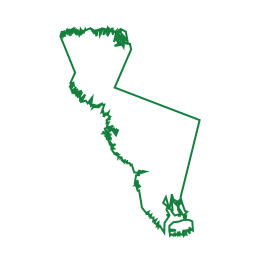 the border of Kommuneqarfik Sermersooq, rotated 104°
{"feature_id": "GRL-2739", "entity_name": "Kommuneqarfik Sermersooq", "entity_type": "state/province", "adm_level": 1, "iso_a3": "GRL", "parent_name": "Greenland", "parent_adm1": "", "projection": "orthographic", "projection_center": [-36.556, 66.454], "detail": "fine", "context": "isolated", "style": "outline", "palette": "green", "viewbox_px": 256, "rotation_deg": 104, "n_neighbors": 0, "source": "natural_earth", "source_scale": "10m", "svg_char_len": 5920}
<svg xmlns="http://www.w3.org/2000/svg" viewBox="0 0 256 256"><g transform="rotate(104 128 128)"><path d="M187.1,57.7L189.0,60.1L184.9,60.2L187.6,61.7L186.3,66.8L181.6,69.4L197.3,68.1L185.8,74.5L192.2,75.8L194.6,70.6L197.8,71.0L202.6,66.7L203.2,66.8L202.3,67.6L202.9,68.8L204.4,67.1L211.2,69.6L220.8,67.5L215.3,73.3L217.2,74.4L212.1,75.6L214.5,77.3L213.6,79.4L210.3,78.6L212.3,81.0L208.7,81.6L209.6,84.6L206.6,84.5L208.1,86.1L206.3,87.0L206.9,88.7L204.6,88.0L206.1,89.8L201.9,95.2L185.9,102.1L186.5,103.4L184.4,104.7L185.0,105.4L181.8,102.3L180.7,103.9L181.3,105.0L179.4,105.1L181.1,107.3L176.4,105.4L179.0,108.1L172.0,108.7L170.9,106.5L172.0,105.9L169.4,105.9L166.0,100.2L166.1,103.4L169.0,107.0L166.7,106.4L166.7,106.9L169.1,107.6L169.5,111.3L162.6,115.5L163.6,116.4L161.7,117.9L162.4,120.3L160.4,120.8L162.0,122.8L160.1,123.2L161.1,125.6L158.4,127.0L159.1,127.7L158.2,127.7L158.2,129.7L158.8,130.7L157.8,130.0L156.7,133.8L155.7,131.1L155.0,132.9L155.9,134.4L154.4,137.2L152.3,138.6L151.4,136.5L150.6,138.1L151.9,139.1L150.8,139.4L146.7,136.2L148.6,139.4L147.6,140.1L148.1,140.0L148.4,141.6L147.3,140.2L146.1,141.7L147.6,141.9L143.6,144.9L143.3,142.0L142.1,142.1L139.0,146.0L138.6,142.4L137.9,147.1L134.7,144.3L133.5,145.2L133.9,142.6L137.9,137.9L131.8,137.1L134.7,139.1L132.7,139.4L133.6,140.1L131.9,141.5L132.9,142.1L132.3,144.5L129.4,143.0L131.8,146.4L131.0,149.0L127.4,148.1L128.4,150.0L125.2,150.3L123.6,147.1L124.4,149.8L121.4,148.0L120.3,150.8L117.5,150.7L120.3,152.4L119.2,153.2L120.4,155.1L117.8,156.2L119.0,157.4L111.0,156.6L111.8,158.9L110.7,159.2L114.1,163.8L113.7,167.3L115.5,169.2L106.9,170.1L113.8,173.1L111.7,175.5L113.8,179.3L105.9,177.6L112.0,181.4L109.0,182.2L109.6,183.6L108.0,181.5L109.9,184.1L109.1,184.4L107.1,181.4L108.2,184.1L106.5,181.9L105.8,182.5L107.4,183.7L109.0,185.7L107.0,183.7L106.1,183.5L105.0,181.4L103.5,182.7L106.5,188.5L102.4,186.1L105.6,189.9L100.8,188.3L104.9,190.5L103.8,192.8L101.9,192.1L99.6,192.9L99.8,190.8L97.6,191.8L98.9,192.6L97.7,192.6L98.1,194.7L87.1,192.7L55.3,215.8L49.8,215.6L54.3,215.5L53.7,214.7L55.2,213.3L51.8,212.7L54.5,210.9L50.2,213.2L51.3,211.9L48.7,211.2L50.8,210.6L49.9,210.5L50.2,209.7L51.2,210.0L51.4,209.5L46.0,208.0L52.8,207.0L50.9,206.8L52.1,205.8L46.8,207.3L44.8,205.2L50.3,205.0L46.7,204.5L48.6,202.1L46.4,202.8L49.9,199.1L45.9,202.7L45.0,201.8L46.7,199.9L44.6,200.8L49.8,197.7L48.0,197.3L49.0,195.4L47.2,198.1L43.6,197.9L45.2,196.6L43.6,195.8L46.1,196.9L46.7,195.4L43.8,195.1L47.0,194.0L42.6,193.4L43.5,192.8L40.3,188.6L44.8,183.2L41.3,185.6L42.0,183.3L46.6,180.8L42.8,181.7L41.8,183.3L40.8,184.0L43.3,180.8L40.8,181.4L40.3,178.9L44.6,177.6L40.9,176.8L39.4,176.9L38.3,177.6L39.6,176.1L37.7,177.1L37.6,174.4L43.7,174.5L37.2,172.4L40.9,171.4L38.4,171.2L39.1,169.4L40.0,170.3L42.4,170.3L42.4,170.8L43.0,170.0L39.0,169.2L38.1,171.4L37.2,170.6L36.2,170.5L37.3,169.3L35.9,167.9L37.4,167.7L36.3,166.8L38.6,166.6L41.1,165.1L36.9,166.1L38.2,163.8L36.3,162.7L48.0,162.4L44.5,161.9L46.4,159.3L38.1,162.0L36.8,160.9L38.9,161.1L36.2,159.8L41.9,160.6L42.8,160.1L41.5,159.5L43.0,157.7L46.6,158.9L48.0,158.2L43.5,154.6L46.8,153.6L48.3,157.7L51.6,160.8L48.6,153.8L50.6,151.9L46.5,152.5L46.4,148.7L45.9,146.4L51.1,144.0L92.0,150.7L103.0,60.4L182.6,60.2L187.1,57.7ZM211.8,40.2L209.7,44.8L212.7,41.8L212.0,44.1L212.7,45.5L215.5,42.0L213.2,45.7L214.4,50.2L215.3,46.3L217.1,45.6L216.7,46.6L218.0,47.1L217.2,48.2L218.6,48.2L217.0,49.5L218.2,49.5L218.8,51.3L217.9,50.6L218.8,51.6L215.9,53.3L219.2,52.4L218.0,54.3L220.2,54.0L218.9,56.7L220.5,56.5L219.9,57.7L221.3,57.8L220.6,59.9L222.2,61.1L218.0,62.9L215.9,56.6L215.6,58.9L216.7,63.3L212.9,64.2L208.3,61.0L206.6,56.1L203.2,51.0L201.0,52.3L199.1,50.4L203.3,49.9L202.4,46.8L203.1,43.0L211.8,40.2ZM201.6,61.4L198.6,65.4L197.2,64.7L187.4,68.3L191.6,60.9L195.9,59.2L198.6,56.4L201.6,61.4ZM195.0,50.3L199.5,53.0L193.2,59.7L189.6,60.2L187.8,57.2L194.6,52.8L195.0,50.3ZM45.5,148.7L45.9,152.6L42.0,154.1L43.3,151.6L41.8,151.6L37.4,158.1L33.8,158.6L35.1,153.4L45.5,148.7ZM137.3,147.3L135.8,147.9L137.0,148.6L134.2,150.3L132.5,148.2L134.5,144.9L137.3,147.3ZM117.1,167.2L114.7,166.9L114.1,163.2L112.5,160.1L115.0,161.5L115.6,165.0L114.9,165.5L117.1,167.2ZM108.7,186.1L106.7,186.8L103.8,182.7L105.1,182.4L106.6,184.9L108.7,186.1ZM44.0,156.0L40.6,159.7L39.4,159.6L42.6,155.3L44.0,156.0ZM189.0,63.5L188.6,61.2L191.1,60.7L190.6,62.0L189.0,63.5ZM99.3,192.9L102.8,194.5L98.5,193.8L99.3,192.9ZM41.2,156.5L38.7,157.0L42.2,154.9L41.2,156.5ZM110.4,170.8L113.5,171.2L113.3,171.5L110.7,171.4L110.4,170.8ZM214.1,75.9L215.6,75.1L216.3,76.2L214.1,75.9ZM183.0,105.3L182.2,106.6L181.2,105.6L182.0,105.1L183.0,105.3ZM140.8,145.0L141.6,144.2L142.4,144.2L141.6,146.7L140.8,145.0ZM138.6,147.7L139.1,150.1L137.7,148.5L138.6,147.7ZM196.6,65.9L198.2,65.6L196.7,66.4L196.6,65.9ZM107.5,187.4L107.0,188.5L106.3,187.4L107.5,187.4ZM140.4,145.4L140.2,147.6L139.1,146.4L140.4,145.4ZM122.2,153.9L122.2,154.5L120.2,153.6L122.2,153.9ZM105.1,192.4L106.2,190.3L106.1,190.9L105.1,192.4ZM39.8,178.3L38.8,178.7L38.5,177.7L39.5,177.1L39.8,178.3ZM47.6,209.3L49.8,209.2L50.0,209.9L47.6,209.3ZM40.9,177.1L40.2,178.5L40.0,177.9L40.9,177.1ZM52.8,214.8L50.6,214.5L50.3,214.1L52.8,214.8ZM143.3,145.4L144.5,145.3L143.2,146.1L143.3,145.4ZM34.0,160.6L35.4,159.5L35.4,159.9L34.0,160.6ZM105.7,189.1L106.7,188.7L107.3,189.4L106.7,189.8L105.7,189.1ZM199.3,55.9L200.5,56.2L200.8,57.1L200.2,57.0L199.3,55.9ZM137.8,150.9L138.4,150.1L138.9,150.7L138.9,150.9L138.5,150.6L137.9,151.0L137.8,150.9ZM158.5,129.7L159.3,130.1L158.6,130.2L158.5,129.7ZM36.9,170.9L37.5,171.5L36.1,171.7L36.9,170.9ZM149.0,140.4L149.0,139.5L149.7,139.4L149.0,140.4ZM45.7,203.8L46.7,203.6L46.6,204.2L45.7,203.8ZM111.3,180.6L112.5,180.4L112.6,180.5L111.3,180.6ZM39.6,178.8L39.5,179.9L39.1,179.1L39.6,178.8ZM161.6,124.5L161.5,123.6L162.2,123.4L161.6,124.5ZM102.3,192.8L102.9,193.4L103.3,193.4L102.5,193.8L102.3,192.8ZM46.4,210.4L47.4,209.9L48.3,210.3L46.4,210.4Z" fill="none" stroke="#15803d" stroke-width="2"/></g></svg>